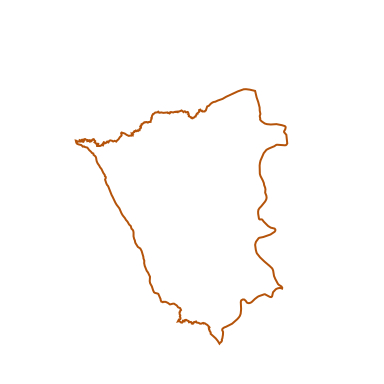 outline of Khao Wong, Kalasin, Thailand, rotated 30°
{"feature_id": "78962969B54306826324199", "entity_name": "Khao Wong", "entity_type": "district", "adm_level": 2, "iso_a3": "THA", "parent_name": "Thailand", "parent_adm1": "Kalasin", "projection": "orthographic", "projection_center": [104.055, 16.69], "detail": "fine", "context": "isolated", "style": "outline", "palette": "amber", "viewbox_px": 384, "rotation_deg": 30, "n_neighbors": 0, "source": "geoboundaries", "source_scale": "gbopen_adm2", "svg_char_len": 6043}
<svg xmlns="http://www.w3.org/2000/svg" viewBox="0 0 384 384"><g transform="rotate(30 192 192)"><path d="M196.1,72.9L190.8,74.5L187.7,75.8L185.5,77.1L181.4,81.9L174.0,92.4L171.9,96.1L168.6,99.9L167.0,102.2L166.0,103.0L165.0,104.2L164.1,106.2L163.5,108.9L162.4,110.3L163.2,114.5L162.7,115.3L162.7,115.9L160.9,117.0L160.1,116.7L159.9,117.1L159.1,117.1L158.0,116.5L157.2,117.5L158.1,119.0L157.4,121.0L157.6,121.4L157.1,121.6L157.0,122.6L157.3,123.3L157.1,124.2L157.4,124.8L156.7,125.5L156.5,126.6L155.9,127.2L155.7,127.9L154.9,128.2L154.4,128.2L154.3,127.7L151.4,128.0L151.1,127.2L150.4,126.9L150.2,126.4L149.9,126.4L150.0,126.1L148.7,124.9L148.1,124.9L147.4,125.8L146.7,126.1L146.1,125.7L145.4,125.7L144.6,126.6L144.6,127.0L142.2,126.6L140.4,129.0L139.7,129.2L139.7,130.0L138.3,130.2L137.7,130.7L137.8,130.9L136.8,131.4L136.0,132.5L133.8,133.3L133.7,133.6L133.3,133.8L133.5,134.4L133.3,135.2L131.9,135.3L131.6,135.6L131.2,135.4L131.1,135.6L130.4,135.8L127.6,137.8L125.5,138.5L124.6,139.4L124.0,139.7L123.3,139.8L123.1,139.4L122.6,139.3L122.2,140.3L120.4,141.6L119.9,143.2L119.3,143.9L119.5,144.3L119.2,145.3L119.4,146.4L120.1,147.9L119.8,148.4L120.4,148.8L120.6,150.9L121.1,152.0L119.2,153.3L119.2,153.8L118.6,154.2L117.7,154.1L116.3,155.1L116.3,155.5L115.8,155.6L115.2,157.5L114.9,157.7L114.5,158.4L114.9,158.7L114.9,159.9L114.4,160.2L114.7,161.2L114.6,161.4L114.9,161.6L115.5,161.6L115.7,162.5L115.1,163.8L115.6,164.6L115.2,164.8L115.1,165.5L114.6,165.6L114.6,166.1L113.9,166.1L113.6,167.0L112.6,167.0L112.6,167.5L112.3,167.5L111.7,168.1L111.9,168.9L111.6,169.0L111.5,169.9L111.3,170.4L111.5,171.3L111.1,171.2L111.0,171.6L110.6,171.6L111.0,172.1L111.8,172.1L111.7,172.3L112.2,172.7L111.6,173.0L111.5,173.4L110.5,173.9L109.2,175.0L106.8,175.2L104.5,175.0L101.3,175.7L101.2,176.5L102.6,177.8L102.7,178.7L102.1,180.6L102.0,183.1L101.4,184.7L101.2,186.2L99.5,186.3L98.4,187.7L97.2,187.6L95.3,188.2L94.8,189.1L94.8,190.9L94.4,191.0L93.8,190.5L93.3,190.7L93.0,192.5L92.1,193.6L91.6,193.7L91.2,192.9L90.7,193.0L90.7,195.0L91.5,195.6L91.6,196.1L90.2,196.3L90.0,197.3L89.3,198.2L86.8,199.6L86.5,199.2L87.1,198.0L86.9,197.2L86.4,197.2L86.0,198.5L85.8,198.6L84.8,197.9L82.8,197.7L83.0,197.0L82.7,196.3L81.2,196.0L80.9,195.5L80.4,195.4L80.0,195.7L79.5,196.6L79.5,198.1L78.4,198.0L77.3,198.4L77.5,198.8L78.4,199.1L78.4,199.5L77.0,199.4L75.9,200.3L75.3,199.3L74.3,199.7L72.9,199.6L72.6,199.9L72.7,201.0L71.7,200.9L71.5,201.1L71.6,202.1L71.9,202.3L72.8,202.1L72.9,202.5L72.8,202.9L70.8,203.5L71.0,202.4L70.8,202.0L70.5,201.9L69.7,203.2L68.8,203.3L68.9,203.6L69.7,204.0L69.7,204.4L68.9,204.4L68.0,205.6L66.5,205.4L65.7,205.6L67.2,207.2L68.5,207.7L69.9,207.5L72.7,206.7L74.9,207.3L75.6,206.5L76.7,206.6L79.2,205.9L82.0,207.1L84.7,207.7L85.7,208.2L87.3,208.0L88.1,209.0L90.4,209.4L91.2,209.8L92.2,210.7L92.9,211.7L94.2,213.1L96.0,214.4L98.6,215.6L99.9,216.5L102.0,217.3L105.8,219.9L107.8,220.8L108.7,221.9L109.6,222.0L110.3,222.9L110.5,224.7L113.4,227.3L114.8,228.3L116.1,228.7L117.0,229.3L123.9,234.8L125.4,235.7L130.9,239.5L133.0,240.7L137.3,242.5L141.6,245.7L143.7,246.9L147.3,248.3L148.5,249.1L150.9,249.9L153.8,251.6L156.0,252.1L157.9,254.0L159.5,254.4L160.3,254.8L161.5,256.1L163.6,259.7L165.3,261.5L166.7,262.5L167.8,263.8L168.6,264.5L172.5,266.6L175.5,266.8L177.9,268.3L182.2,272.4L183.2,273.8L185.0,275.3L186.2,277.6L188.0,279.6L192.2,282.9L194.1,283.7L198.0,286.4L200.0,290.4L201.4,292.0L204.4,293.8L207.5,296.6L209.2,297.8L210.3,297.9L213.2,297.1L213.8,297.1L218.4,300.5L218.8,301.2L220.3,302.3L221.1,302.0L221.9,302.0L222.3,301.3L224.2,300.3L226.4,300.1L229.1,300.4L231.5,298.1L232.2,297.7L235.6,297.9L237.6,298.8L239.8,298.5L241.5,299.7L241.2,300.7L241.6,301.7L241.3,302.4L242.5,304.1L243.5,304.6L243.8,306.1L244.5,306.3L245.3,307.3L245.4,308.0L244.9,308.6L244.9,309.0L244.4,309.1L244.5,311.1L245.3,310.3L247.2,310.3L247.6,310.5L248.5,310.2L248.4,309.9L249.0,309.0L248.6,308.2L249.1,308.1L249.3,307.8L249.7,308.1L250.2,307.8L250.0,307.4L250.2,306.9L249.8,306.6L250.7,305.7L251.5,305.6L252.2,305.8L253.5,305.4L253.9,305.7L254.5,306.3L255.9,305.2L256.2,305.4L256.6,305.1L257.4,305.3L257.7,305.9L258.0,305.7L258.6,305.7L258.9,305.0L258.7,303.8L259.7,302.8L260.1,302.8L260.3,302.2L261.3,302.7L263.3,302.0L264.8,302.0L265.8,301.4L267.1,299.8L267.6,299.7L267.9,300.0L268.7,299.3L270.9,299.5L271.6,299.4L274.5,300.3L274.9,300.6L274.5,301.4L275.4,302.2L275.6,302.7L276.4,302.9L276.9,303.6L278.3,304.2L279.1,305.5L285.7,306.9L288.8,308.1L291.6,309.6L291.7,308.7L292.3,307.1L292.3,305.8L291.6,304.9L291.5,303.7L290.2,300.2L288.9,297.7L287.1,296.4L286.8,295.1L287.7,293.1L288.8,291.8L292.6,286.0L294.8,279.5L295.3,277.1L295.4,275.3L295.0,273.1L294.0,270.8L293.0,268.7L289.4,263.1L288.9,261.9L288.9,261.0L289.8,259.6L291.1,259.0L293.0,259.4L294.8,260.3L295.9,260.2L296.9,259.8L298.1,258.6L298.8,257.2L299.9,253.3L301.3,249.9L302.0,248.8L305.7,244.5L306.3,244.1L311.8,243.9L313.0,243.5L313.4,242.9L313.5,242.2L312.3,238.3L313.2,234.3L314.2,232.8L315.6,231.5L317.0,230.8L318.3,230.6L318.1,229.9L316.8,229.1L313.8,229.0L312.5,228.7L307.5,225.6L305.0,223.7L301.5,219.4L299.7,218.1L296.5,217.3L289.5,216.0L283.7,214.6L278.9,212.7L278.1,212.1L276.2,210.2L273.1,206.2L272.5,204.2L272.3,203.0L272.8,198.7L273.3,197.9L276.2,195.4L281.2,189.6L283.4,185.2L283.5,184.1L283.3,183.4L282.9,182.8L281.8,182.4L278.0,183.5L274.9,183.4L269.0,181.8L266.6,180.8L266.0,180.9L264.3,181.9L263.4,181.7L260.2,177.8L259.0,175.8L258.4,174.1L258.5,172.2L259.1,169.8L260.1,163.6L260.0,161.3L259.5,159.7L258.3,158.1L255.7,156.0L254.3,153.0L253.1,151.6L251.1,150.0L249.7,148.3L247.5,146.6L243.3,143.9L241.7,142.4L237.3,135.2L236.3,132.8L235.6,130.4L234.7,122.5L235.4,118.2L236.9,115.8L240.4,111.2L241.3,109.3L241.9,108.6L248.7,105.3L249.8,104.6L250.2,103.7L250.2,102.3L245.1,95.3L242.0,94.2L241.6,93.8L241.4,93.2L241.4,91.1L240.9,89.4L240.3,88.7L239.4,88.5L236.4,89.2L231.2,91.0L226.4,94.2L222.9,95.8L220.7,96.3L217.1,96.0L215.5,95.6L214.7,95.1L214.4,94.3L212.7,92.4L212.2,90.2L209.9,87.6L208.3,85.0L204.4,81.0L200.7,77.8L196.1,72.9Z" fill="none" stroke="#b45309" stroke-width="2"/></g></svg>